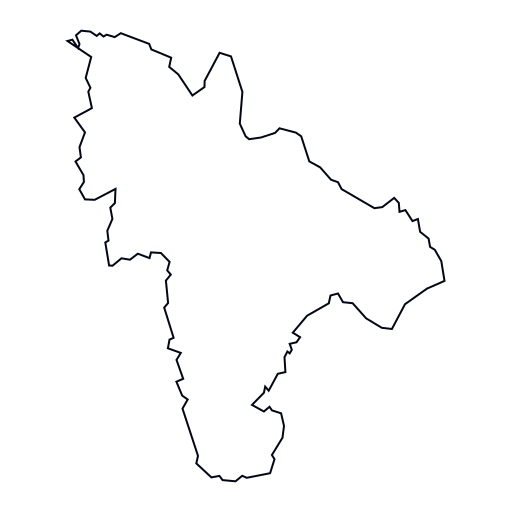 the district of Negotino, Negotino, North Macedonia
{"feature_id": "65306769B63258214258120", "entity_name": "Negotino", "entity_type": "district", "adm_level": 2, "iso_a3": "MKD", "parent_name": "North Macedonia", "parent_adm1": "Negotino", "projection": "albers", "projection_center": [22.101, 41.515], "detail": "fine", "context": "isolated", "style": "outline", "palette": "ink", "viewbox_px": 512, "rotation_deg": 0, "n_neighbors": 0, "source": "geoboundaries", "source_scale": "gbopen_adm2", "svg_char_len": 1754}
<svg xmlns="http://www.w3.org/2000/svg" viewBox="0 0 512 512"><path d="M94.7,199.8L115.5,188.9L114.9,203.1L110.3,207.6L112.4,218.9L107.3,230.8L108.5,240.6L105.3,242.5L109.1,265.5L112.5,265.7L121.5,258.3L130.0,259.7L137.8,253.7L149.5,258.1L151.0,252.4L160.9,253.0L169.6,261.9L167.2,270.4L170.8,274.6L165.9,280.6L168.1,303.0L164.2,307.6L173.6,337.8L169.5,339.6L167.9,348.3L180.8,352.9L176.5,359.9L183.2,378.8L176.4,381.7L182.2,395.6L187.7,399.5L182.5,408.6L198.0,455.9L196.3,463.4L211.4,477.4L219.4,475.9L222.6,480.1L235.5,481.3L242.2,475.8L246.8,477.8L270.1,473.2L274.5,459.2L271.9,455.0L282.5,437.7L284.0,425.9L281.1,413.3L272.0,410.4L269.5,406.8L263.9,411.5L252.0,404.9L263.9,392.8L265.2,386.6L268.7,390.7L277.8,373.8L285.4,372.1L284.5,357.2L287.4,351.5L289.7,353.4L291.8,349.8L289.7,343.8L296.5,342.3L300.1,337.2L292.8,332.7L307.1,315.7L328.8,303.3L330.5,295.5L338.0,293.5L343.0,302.2L352.6,303.2L366.2,318.4L381.8,327.8L391.9,329.0L405.0,304.2L427.0,288.6L444.5,280.9L441.3,261.1L434.8,249.8L430.1,246.9L428.6,238.6L420.1,231.8L417.9,219.0L412.5,221.1L405.4,210.1L399.5,211.8L398.8,202.9L394.2,197.9L382.3,207.1L374.4,208.2L341.6,189.1L338.0,182.2L331.0,179.7L320.2,167.4L309.3,161.4L301.2,136.3L295.9,132.6L279.5,128.3L275.1,132.9L261.0,137.5L249.2,139.2L245.6,136.3L239.8,123.6L242.4,91.9L231.0,56.4L219.6,52.8L204.6,81.0L204.5,87.0L192.4,95.5L178.3,74.4L169.2,66.9L171.2,57.7L151.3,49.4L149.2,43.9L120.8,33.2L114.7,37.1L106.7,34.7L103.5,36.5L99.7,33.4L96.7,35.9L90.4,31.6L81.3,30.7L76.0,35.3L79.5,44.1L78.1,48.1L72.4,39.7L67.5,41.0L91.2,57.0L85.7,77.9L90.4,87.8L88.3,91.7L91.9,108.1L74.3,117.6L85.0,132.4L79.5,147.1L80.9,157.4L75.5,161.5L83.5,175.2L83.9,182.0L79.3,189.2L85.0,199.4L94.7,199.8Z" fill="none" stroke="#020617" stroke-width="2"/></svg>